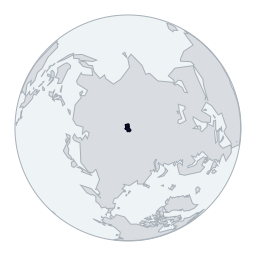 Hovd on an orthographic globe, rotated 160°
{"feature_id": "MNG-3320", "entity_name": "Hovd", "entity_type": "Province", "adm_level": 1, "iso_a3": "MNG", "parent_name": "Mongolia", "parent_adm1": "", "projection": "orthographic", "projection_center": [92.143, 46.988], "detail": "fine", "context": "on_globe", "style": "filled", "palette": "ink", "viewbox_px": 256, "rotation_deg": 160, "n_neighbors": 0, "source": "natural_earth", "source_scale": "10m", "svg_char_len": 12301}
<svg xmlns="http://www.w3.org/2000/svg" viewBox="0 0 256 256"><g transform="rotate(160 128 128)"><circle cx="128" cy="128" r="113" fill="#eef3f6" stroke="#a8b0b8"/><path d="M178.7,27.4L179.1,27.8L173.0,26.8L171.7,25.6L170.4,25.7L172.0,27.3L173.3,28.3L170.9,32.7L175.1,40.4L179.8,43.4L176.1,42.5L187.4,49.0L191.9,54.7L184.7,47.9L182.4,47.1L184.3,50.6L182.3,50.6L182.1,52.3L179.6,52.0L175.6,48.4L173.9,48.2L175.4,50.7L173.7,52.2L171.8,48.5L168.8,50.7L161.6,45.6L158.4,36.7L152.3,34.6L143.5,27.5L142.2,28.3L138.1,26.5L135.0,26.8L134.3,25.7L132.5,27.0L133.7,28.0L133.4,29.0L131.7,29.4L130.4,27.9L131.1,27.5L129.9,27.2L129.9,26.3L128.9,27.0L127.6,25.2L126.4,27.5L123.3,26.7L123.1,25.4L126.4,24.8L134.1,21.1L134.9,20.0L132.7,18.9L121.7,18.1L121.3,17.4L118.2,17.0L117.0,17.6L118.9,18.1L115.8,19.4L118.5,20.2L117.7,20.9L119.1,22.2L115.4,22.9L110.9,22.9L109.5,21.9L107.5,22.0L106.0,23.8L100.6,23.0L92.2,24.7L91.2,24.6L94.4,22.3L101.6,19.9L105.8,18.0L99.5,20.2L97.1,20.2L95.2,20.7L93.2,21.5L92.7,21.9L91.1,22.2L96.8,19.9L98.3,19.6L96.5,20.2L99.9,19.2L103.7,18.1L102.1,18.4L110.8,16.7L119.5,15.7L128.2,15.4L136.9,15.7L145.6,16.7L154.2,18.4L162.6,20.8L170.8,23.8L178.7,27.4ZM226.5,73.3L226.0,72.4L225.8,72.1L226.5,73.3ZM226.0,72.6L226.2,72.8L226.0,72.6ZM226.3,73.2L226.1,72.7L226.4,73.4L226.3,73.2ZM226.8,74.2L226.5,73.6L226.8,74.2ZM227.2,75.2L227.2,75.5L226.9,74.8L227.2,75.2ZM174.3,28.9L172.2,27.4L171.5,26.1L173.4,27.3L174.3,28.9ZM175.3,31.8L173.8,31.0L175.4,30.6L175.8,31.2L175.3,31.8ZM183.7,45.8L182.4,44.0L184.3,45.8L183.7,45.8ZM182.6,52.6L183.6,53.2L183.0,53.9L182.6,52.6ZM121.1,21.8L120.1,22.0L120.4,21.7L121.1,21.8ZM122.7,22.3L123.6,21.7L124.5,21.9L123.9,22.2L122.7,22.3ZM178.6,54.1L177.5,55.2L178.0,53.5L178.6,54.1ZM121.3,23.0L125.9,22.2L127.4,22.5L126.4,24.1L121.3,23.0ZM176.4,55.4L173.6,58.2L175.6,59.7L168.4,57.4L173.1,55.6L173.4,53.2L174.6,54.9L176.4,55.4ZM134.9,28.2L133.4,27.1L136.2,27.7L134.9,28.2ZM136.7,28.4L145.7,29.3L147.0,31.2L143.7,30.5L146.6,32.9L142.8,33.4L140.4,32.2L140.3,30.8L138.9,32.1L136.7,28.4ZM164.9,55.8L163.6,56.0L164.2,55.1L164.9,55.8ZM133.5,29.5L135.2,29.4L136.4,31.1L133.2,31.5L133.8,30.8L133.5,29.5ZM149.3,33.4L149.6,34.8L146.6,35.6L146.4,36.2L142.9,33.6L149.3,33.4ZM132.7,30.6L131.6,31.7L129.4,31.3L131.9,29.7L132.7,30.6ZM138.1,31.3L138.5,32.2L137.2,31.8L138.1,31.3ZM121.3,30.8L123.3,30.5L124.1,31.3L121.3,30.8ZM131.3,32.2L132.0,32.3L132.6,32.6L131.4,33.3L131.3,32.2ZM141.0,34.4L139.7,34.4L142.3,35.5L140.2,36.2L138.2,34.4L138.2,35.5L137.5,35.7L136.7,34.0L141.0,34.4ZM131.9,35.0L128.6,33.1L124.7,33.4L123.9,32.6L130.3,32.4L131.9,35.0ZM134.8,34.5L132.8,34.6L132.7,33.5L134.1,32.8L134.8,34.5ZM139.4,37.4L143.2,36.8L143.5,37.2L139.4,37.4ZM130.7,35.3L131.5,35.7L130.5,35.4L130.7,35.3ZM136.8,37.0L138.1,36.6L138.4,37.1L136.8,37.0ZM132.1,37.0L131.0,36.3L131.9,35.8L132.1,37.0ZM134.2,37.1L134.3,37.9L132.8,36.0L134.8,36.9L134.2,37.1ZM136.9,37.5L137.5,37.7L136.3,37.6L136.9,37.5ZM129.4,39.6L127.3,37.3L129.2,36.0L131.0,38.4L129.4,39.6ZM26.0,80.3L26.3,79.6L29.2,74.3L37.5,73.7L36.2,78.7L39.2,89.8L39.0,92.1L35.3,95.0L34.9,110.0L38.7,109.3L41.7,120.4L45.8,125.5L53.1,119.1L46.4,110.6L48.6,105.1L56.6,108.4L62.9,116.2L63.9,114.3L62.7,106.3L66.9,105.2L62.6,103.3L62.2,106.2L59.5,105.3L59.6,102.6L61.1,102.2L60.0,99.3L53.2,102.2L52.1,105.4L47.5,100.3L45.3,105.4L43.0,105.4L45.9,97.0L47.8,95.2L50.8,83.9L48.4,85.3L45.4,96.1L45.1,94.1L41.8,96.4L44.1,93.0L48.0,81.2L45.7,76.5L37.9,77.2L37.6,74.2L39.6,69.3L47.3,63.5L47.2,71.0L49.9,69.4L54.1,63.9L53.7,66.8L55.4,65.6L55.8,68.3L60.4,68.8L61.4,71.3L67.2,68.5L68.5,69.5L64.7,70.8L62.6,73.2L65.5,79.9L67.2,80.3L70.8,78.0L71.1,80.3L74.2,77.3L77.8,80.1L76.0,74.2L80.1,71.8L84.4,72.0L85.5,70.2L78.3,69.9L75.8,70.8L74.2,73.2L67.0,75.1L65.1,73.6L71.4,67.8L69.4,65.1L75.1,62.1L90.8,64.2L95.4,66.9L94.4,76.9L91.0,77.6L89.7,74.3L87.3,79.8L89.2,78.2L89.5,80.2L93.5,78.7L93.9,80.0L97.1,76.3L98.0,77.9L96.0,80.2L102.7,79.6L105.8,82.4L107.1,81.6L107.7,80.0L111.2,84.9L112.0,84.1L111.2,82.2L112.3,79.5L115.6,76.7L116.6,78.6L115.5,79.8L114.9,85.3L111.9,88.5L112.6,89.0L115.5,86.7L116.3,79.9L118.0,77.8L118.1,80.9L118.2,79.6L119.4,79.1L121.5,80.4L121.6,77.0L133.1,70.1L138.3,72.2L137.1,75.5L146.2,73.4L151.4,76.5L150.6,74.6L154.5,72.7L152.9,71.7L152.8,70.7L161.9,66.0L164.9,66.5L167.9,62.9L167.6,62.1L165.6,61.4L168.4,57.4L175.6,59.7L176.1,61.5L180.3,61.9L180.9,66.1L183.3,70.0L181.6,74.7L183.7,77.6L185.1,77.4L188.9,81.4L192.0,90.5L183.4,83.7L177.5,71.3L179.3,76.3L177.1,75.4L176.6,77.4L178.1,81.0L179.4,81.3L172.4,89.3L172.3,100.1L176.8,98.1L180.2,100.2L184.0,111.9L178.2,130.5L182.7,134.5L183.4,137.7L180.4,140.7L179.3,136.0L175.7,135.2L175.5,132.2L170.4,135.9L169.9,131.8L166.1,136.8L168.3,139.7L173.0,137.8L169.9,144.2L175.6,148.5L176.9,154.8L169.8,167.8L161.5,172.6L161.2,174.6L157.5,173.0L153.2,177.3L160.4,186.7L160.4,189.6L153.1,195.9L152.8,193.8L143.2,189.5L141.7,196.3L149.0,201.1L151.6,206.8L146.1,205.5L143.5,200.4L140.0,198.7L140.7,192.9L137.4,184.1L131.9,185.9L132.1,182.2L126.7,174.2L118.6,176.2L105.8,184.5L104.4,193.4L99.9,196.3L93.4,181.9L93.0,172.3L89.1,172.1L83.8,162.0L70.2,155.6L69.6,152.5L66.7,152.3L63.2,147.4L62.8,142.3L60.0,140.8L61.4,154.1L64.5,155.7L69.0,153.7L68.7,157.7L72.3,163.2L63.5,168.2L45.5,164.3L46.0,157.0L44.2,130.9L45.5,129.2L45.7,128.5L43.2,130.8L43.6,125.8L42.2,142.7L40.9,148.6L45.2,164.5L44.2,164.8L46.3,168.8L55.7,172.8L55.2,174.8L49.4,181.0L38.4,183.7L41.2,192.5L42.7,198.0L38.8,195.8L42.1,200.7L40.7,199.2L35.1,191.6L30.1,183.7L25.8,175.3L22.2,166.6L19.3,157.7L18.7,155.1L16.1,139.0L16.5,134.8L16.4,130.7L15.9,127.7L16.1,122.7L16.0,120.4L16.4,113.1L17.8,104.6L19.9,96.3L22.6,88.2L26.0,80.3ZM31.1,77.4L30.0,78.6L31.1,77.4ZM67.2,128.9L72.5,133.1L74.1,126.0L76.3,127.1L76.1,124.3L74.2,125.4L74.2,118.3L78.0,118.4L79.4,115.7L77.7,114.1L70.8,115.2L70.8,125.2L67.8,126.6L67.2,128.9ZM96.8,20.4L96.3,20.5L94.2,21.2L94.9,20.9L96.8,20.4ZM86.2,25.2L83.9,25.7L86.1,25.0L86.7,24.4L92.0,22.4L91.0,24.4L90.5,23.8L86.2,25.2ZM98.9,20.6L95.6,21.5L99.2,20.5L98.9,20.6ZM64.5,57.0L63.3,58.9L61.1,59.5L59.9,56.9L63.0,56.0L64.5,57.0ZM62.0,61.6L68.6,56.9L69.6,58.5L67.9,58.4L67.9,59.9L65.2,60.1L59.8,66.4L57.6,67.4L56.5,61.7L58.1,63.0L59.2,60.9L62.0,61.6ZM83.5,44.3L86.4,42.9L84.9,48.1L82.4,48.9L81.0,46.2L83.2,43.7L83.5,44.3ZM118.5,26.2L119.7,25.7L120.1,26.1L119.4,26.8L118.5,26.2ZM122.2,30.6L113.7,28.8L114.7,28.1L108.6,28.3L108.7,26.5L112.6,26.5L108.1,25.4L111.7,24.7L108.4,24.2L117.1,24.2L120.2,23.7L116.8,24.9L116.6,26.4L117.4,26.9L122.1,28.1L128.5,28.0L129.4,29.7L128.3,31.0L126.9,31.3L126.8,30.0L125.0,31.3L123.7,29.7L122.2,30.6ZM114.9,47.7L115.3,45.6L111.5,49.0L110.2,47.0L109.8,47.5L107.6,46.7L104.3,46.6L104.2,45.6L102.9,46.0L101.4,45.5L99.6,45.9L98.8,44.1L96.6,44.4L97.5,43.5L93.9,44.4L96.2,43.0L94.5,42.4L93.2,44.1L93.2,35.2L91.4,33.0L88.7,32.1L93.0,30.0L98.4,29.6L103.7,30.7L104.7,33.3L106.5,32.0L107.6,32.9L105.7,33.5L109.2,33.1L109.6,34.0L114.2,35.6L119.0,34.7L120.8,35.4L119.1,36.2L122.1,36.3L120.2,38.4L121.4,39.0L120.8,41.8L116.8,43.3L118.5,43.8L118.1,46.1L114.9,47.7ZM129.0,40.3L124.6,42.3L121.7,42.3L124.0,37.5L123.2,36.7L124.6,33.9L128.8,34.0L128.0,34.8L128.2,35.6L126.8,35.2L128.0,36.1L127.0,37.3L127.7,38.3L126.0,38.7L129.0,40.3ZM40.9,92.3L41.1,93.7L41.9,95.4L39.9,97.0L40.9,92.3ZM43.4,84.2L43.9,85.0L41.4,87.8L41.2,86.5L43.4,84.2ZM46.3,83.2L44.1,84.8L45.2,83.1L46.3,83.2ZM65.4,71.5L66.2,72.4L65.5,73.1L64.0,73.4L65.4,71.5ZM103.2,58.0L103.9,56.6L104.6,56.7L108.0,54.5L109.2,56.0L107.6,57.8L103.2,58.0ZM50.8,119.1L48.4,119.2L48.3,117.6L49.1,117.9L50.8,119.1ZM42.9,107.7L43.7,111.4L42.4,108.1L42.9,107.7ZM105.0,59.2L106.3,58.1L106.1,59.5L105.0,59.2ZM110.2,56.9L110.4,58.4L109.7,55.9L110.2,56.9ZM55.7,207.5L55.7,213.2L52.0,210.3L49.3,207.0L48.0,202.7L51.7,204.3L52.9,203.0L55.7,207.5ZM178.1,213.2L181.2,212.5L181.0,212.8L178.1,213.2ZM175.0,213.2L178.5,212.2L174.3,214.0L175.0,213.2ZM179.9,211.8L183.5,210.0L185.0,208.9L184.7,209.6L179.9,211.8ZM172.5,213.9L159.0,216.8L153.6,216.8L154.9,215.4L163.7,214.2L172.5,213.9ZM154.5,215.4L146.1,212.9L134.2,202.5L138.4,202.6L150.8,208.5L150.1,209.7L155.1,211.9L154.5,215.4ZM174.5,205.0L173.7,208.4L166.3,210.0L162.9,210.1L160.6,206.3L161.9,203.8L164.7,203.3L175.2,192.8L179.0,193.8L175.8,198.1L178.9,200.3L174.5,205.0ZM104.9,194.3L107.6,199.8L105.1,200.2L104.9,194.3ZM179.2,185.7L175.2,190.7L178.8,184.6L179.2,185.7ZM181.2,180.2L181.6,182.1L179.7,180.7L181.2,180.2ZM161.3,177.5L158.4,178.5L158.2,177.0L161.8,174.9L161.3,177.5ZM177.9,160.1L178.4,164.6L178.0,166.3L176.4,164.0L177.9,160.1ZM117.1,71.3L111.1,72.6L107.6,74.8L106.9,77.9L105.3,74.2L110.7,70.8L117.1,71.3ZM131.0,70.0L131.6,67.5L133.0,68.3L133.1,69.0L131.0,70.0ZM130.1,68.6L127.7,66.1L129.1,64.6L130.8,66.9L130.1,68.6ZM116.1,62.3L114.3,62.5L114.5,61.3L116.1,62.3ZM195.3,218.3L195.6,218.1L195.0,218.5L191.9,220.8L191.6,220.9L188.7,222.6L168.2,232.8L164.2,233.9L166.2,232.8L164.6,230.8L166.0,230.5L166.3,228.1L179.0,221.9L188.3,213.4L194.2,211.0L199.4,204.5L205.1,201.4L202.7,205.7L207.8,203.8L213.3,193.8L214.5,198.5L216.9,197.0L216.2,198.0L209.9,205.4L202.9,212.1L195.3,218.3ZM231.7,170.7L232.1,169.7L232.1,169.8L231.7,170.7ZM185.6,210.9L190.0,207.0L192.2,205.8L185.6,210.9ZM231.4,170.6L230.6,171.9L230.8,171.4L231.4,170.6ZM231.6,169.5L231.7,169.1L231.9,169.6L231.6,169.5ZM230.2,170.7L231.1,170.2L230.1,171.1L230.2,170.7ZM229.6,171.8L228.8,172.5L228.9,172.2L229.6,171.8ZM219.4,184.1L222.5,184.4L219.7,187.1L216.7,187.8L213.7,192.2L207.4,196.4L209.1,194.0L208.4,192.4L201.5,195.7L200.1,194.9L202.7,192.6L197.9,193.8L203.1,190.4L205.1,192.3L208.0,188.2L212.7,185.6L217.1,183.3L220.3,182.5L219.4,184.1ZM202.9,197.1L203.8,196.6L202.9,197.9L202.9,197.1ZM227.4,172.9L228.5,172.8L228.3,173.3L227.7,173.9L227.4,172.9ZM221.1,181.3L224.7,175.4L225.5,174.6L223.0,179.7L221.1,181.3ZM224.0,174.6L225.5,173.3L226.2,173.8L225.9,174.6L224.0,174.6ZM192.3,199.7L192.0,200.6L190.6,200.6L192.3,199.7ZM194.1,198.4L198.3,197.3L193.7,199.3L194.1,198.4ZM181.0,200.4L182.2,202.0L186.3,199.3L183.2,202.3L185.9,204.6L184.9,206.2L182.3,203.6L181.1,207.6L179.3,208.1L178.4,205.3L180.3,200.7L182.2,198.4L189.5,195.1L181.0,200.4ZM194.1,195.9L193.0,193.9L193.8,191.8L195.1,192.6L194.1,195.9ZM189.5,189.1L186.3,187.1L183.5,189.3L188.9,182.8L191.1,185.8L189.5,189.1ZM186.5,183.1L183.9,185.2L186.4,181.6L186.5,183.1ZM183.2,184.3L182.7,182.1L184.8,181.7L183.2,184.3ZM187.8,182.7L188.0,178.7L189.2,180.6L187.8,182.7ZM181.3,177.2L186.2,179.6L180.2,179.9L179.1,172.2L181.6,171.2L181.3,177.2ZM190.0,138.9L189.0,136.6L191.0,135.1L191.1,137.1L190.0,138.9ZM196.6,128.7L191.2,134.0L186.6,138.4L188.4,138.9L188.1,143.6L185.0,140.6L187.6,134.5L191.1,131.9L190.9,128.1L193.0,124.4L191.3,120.1L192.0,117.6L194.6,120.7L196.6,128.7ZM190.4,118.4L188.3,110.4L192.4,109.5L193.9,111.1L193.1,115.1L190.9,115.3L190.4,118.4ZM189.0,108.2L186.9,108.4L179.2,98.3L178.6,96.1L186.7,102.9L185.1,103.5L186.2,106.2L189.0,108.2ZM164.4,56.9L163.7,56.1L165.0,56.4L164.4,56.9ZM151.9,70.2L152.0,68.9L153.4,69.3L151.9,70.2ZM153.1,65.6L151.3,66.1L152.7,64.8L153.1,65.6ZM147.5,67.5L150.4,66.0L148.2,68.6L147.5,67.5Z" fill="#d9dde1" stroke="#a8b0b8" stroke-width="1"/><path d="M126.3,131.5L126.2,131.5L126.2,131.4L126.1,131.2L125.9,130.9L126.0,130.5L126.0,130.4L126.3,130.0L126.4,129.9L126.4,129.7L126.3,129.4L126.4,129.1L126.5,129.0L126.5,128.9L126.5,128.7L126.8,128.6L126.9,128.8L127.0,128.8L127.1,128.7L127.4,128.7L127.6,128.7L127.5,128.4L127.3,128.3L127.2,128.2L127.0,127.9L127.1,127.7L126.8,127.3L126.8,127.2L126.7,126.7L126.5,126.2L126.5,125.9L126.4,125.9L126.3,125.7L126.2,125.4L126.3,125.3L126.3,125.2L126.2,125.0L126.2,124.9L126.3,124.8L126.6,124.6L126.8,124.6L127.0,124.6L127.2,124.4L127.3,124.2L127.5,124.1L127.8,124.5L128.0,124.6L128.1,124.8L128.7,124.9L128.8,124.9L129.0,124.8L129.1,124.7L129.3,124.7L129.4,124.8L129.4,125.0L129.5,125.0L129.8,125.2L129.8,125.3L129.7,125.5L129.5,125.8L129.4,125.8L129.4,126.0L129.5,126.1L129.5,126.3L129.7,126.5L129.8,126.7L129.8,126.8L129.9,127.0L130.0,127.1L130.2,127.3L130.4,127.4L130.5,127.5L130.6,127.8L130.8,128.1L130.9,128.3L130.5,128.5L130.4,128.6L130.2,128.8L129.9,128.8L130.0,129.0L130.0,129.3L129.8,129.6L129.7,129.9L129.7,130.0L129.6,130.3L129.4,130.4L129.4,130.5L129.4,131.0L129.4,131.3L129.3,131.9L129.2,131.9L128.9,131.8L128.7,131.9L128.4,131.9L128.2,131.9L127.9,131.8L127.7,131.8L127.4,131.8L127.2,131.8L127.0,131.6L126.9,131.7L126.7,131.6L126.4,131.5L126.3,131.5Z" fill="#0f172a" stroke="#020617" stroke-width="1.5"/></g></svg>